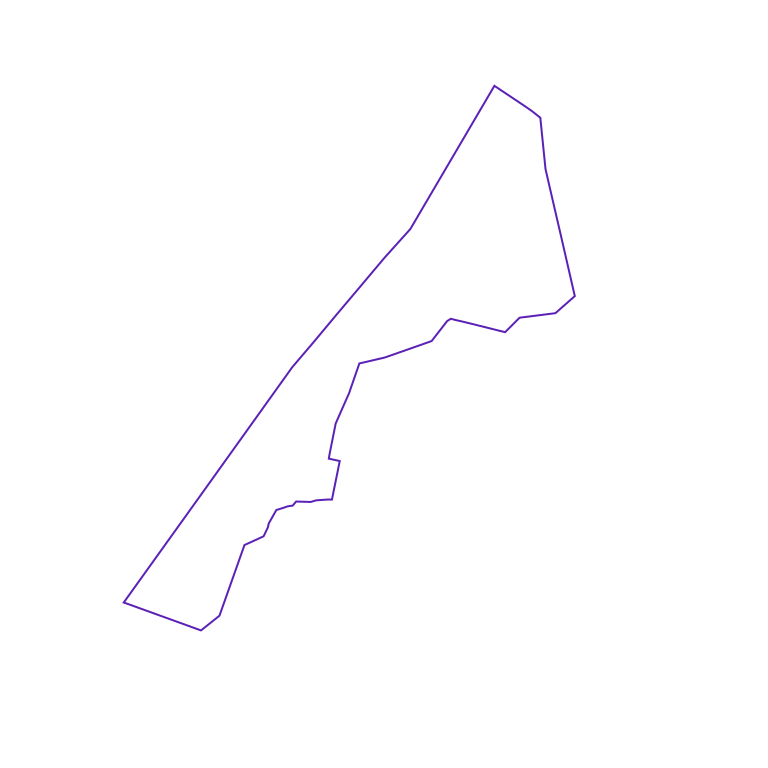 Santo Antônio de Lisboa, Piauí, Brazil (Albers equal-area conic projection), rotated 208°
{"feature_id": "56859067B76948986204583", "entity_name": "Santo Antônio de Lisboa", "entity_type": "district", "adm_level": 2, "iso_a3": "BRA", "parent_name": "Brazil", "parent_adm1": "Piauí", "projection": "albers", "projection_center": [-41.218, -6.885], "detail": "fine", "context": "isolated", "style": "outline", "palette": "violet", "viewbox_px": 768, "rotation_deg": 208, "n_neighbors": 0, "source": "geoboundaries", "source_scale": "gbopen_adm2", "svg_char_len": 812}
<svg xmlns="http://www.w3.org/2000/svg" viewBox="0 0 768 768"><g transform="rotate(208 384 384)"><path d="M265.9,527.0L256.8,551.2L296.7,597.2L317.8,621.4L342.3,649.6L371.0,692.5L381.5,694.4L388.8,695.3L426.5,699.1L433.5,533.2L442.9,495.4L449.7,463.6L458.6,422.3L462.3,404.6L465.7,388.4L472.9,355.8L493.7,199.5L511.2,68.9L429.9,80.5L420.5,102.2L431.6,176.3L418.8,193.0L419.2,202.9L420.3,206.8L420.1,213.9L419.9,222.2L414.9,227.2L411.8,230.6L407.5,233.8L406.4,239.0L400.7,241.8L393.4,245.4L389.2,249.5L379.4,255.6L375.7,257.5L386.9,295.2L397.7,292.2L399.2,296.7L408.1,326.4L410.0,351.9L410.5,359.4L411.4,365.0L415.4,390.6L395.6,407.9L362.1,444.3L357.8,469.2L355.6,473.0L350.8,474.1L346.1,475.4L339.5,477.1L334.0,478.5L301.4,486.6L295.4,506.2L265.9,527.0Z" fill="none" stroke="#5b21b6" stroke-width="2"/></g></svg>